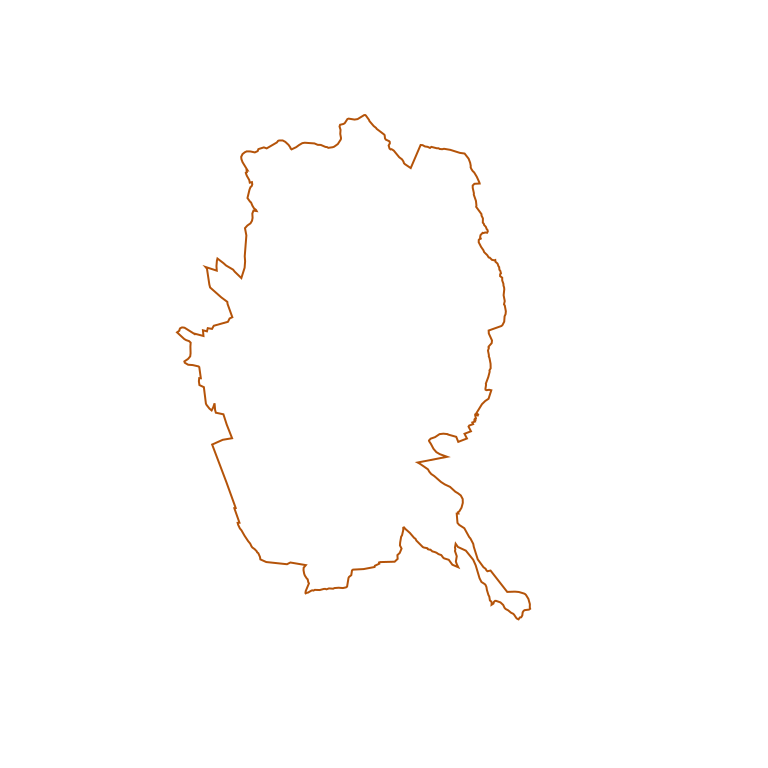 Tlacotepec de Benito Juárez, Puebla, Mexico, rotated 322°
{"feature_id": "50627088B64000676175111", "entity_name": "Tlacotepec de Benito Juárez", "entity_type": "district", "adm_level": 2, "iso_a3": "MEX", "parent_name": "Mexico", "parent_adm1": "Puebla", "projection": "equal_earth", "projection_center": [-97.63, 18.634], "detail": "fine", "context": "isolated", "style": "outline", "palette": "amber", "viewbox_px": 768, "rotation_deg": 322, "n_neighbors": 0, "source": "geoboundaries", "source_scale": "gbopen_adm2", "svg_char_len": 6166}
<svg xmlns="http://www.w3.org/2000/svg" viewBox="0 0 768 768"><g transform="rotate(322 384 384)"><path d="M360.8,651.1L361.4,649.7L363.4,647.3L365.5,642.2L366.0,637.8L365.9,636.6L365.4,635.4L362.2,630.9L359.3,628.2L353.1,623.7L353.1,596.6L350.2,595.2L350.0,593.8L350.3,592.2L349.6,589.6L349.9,579.9L354.5,567.6L355.9,564.9L357.0,558.9L356.9,557.1L358.5,547.1L356.5,541.3L356.4,538.7L361.5,530.9L362.9,531.9L363.3,530.6L365.0,530.7L368.9,529.2L372.9,526.2L375.2,523.1L375.9,519.1L375.0,515.6L373.9,512.8L372.7,505.7L370.1,500.6L368.6,496.3L366.9,487.4L365.8,484.0L365.7,480.9L366.1,478.3L363.1,468.7L362.2,466.6L388.9,480.2L384.8,473.7L383.3,469.9L383.1,465.5L384.1,460.0L384.3,457.0L384.7,456.2L387.1,455.8L391.5,457.3L396.9,457.7L400.2,459.7L403.3,462.7L403.3,463.2L408.4,470.1L406.9,475.3L415.8,478.0L416.8,472.8L423.4,474.8L424.4,469.6L425.6,469.2L429.5,470.5L429.9,468.7L432.6,469.6L432.9,468.2L433.9,468.6L434.2,467.5L435.2,467.8L436.8,464.4L437.2,464.2L438.5,466.5L439.4,466.0L438.8,463.9L448.8,460.2L453.3,459.7L457.3,460.0L464.7,455.0L463.3,453.3L461.0,452.0L460.5,451.1L460.9,450.3L463.9,447.5L464.5,446.4L470.5,442.7L474.8,439.4L475.5,438.2L477.7,437.3L480.4,433.7L483.1,428.5L483.6,426.7L484.4,425.9L486.5,421.7L488.9,420.1L489.0,419.3L489.5,418.9L494.0,418.1L495.9,416.2L497.7,408.7L499.4,406.3L512.3,410.6L513.6,410.5L517.1,408.9L520.7,404.9L522.8,403.8L524.8,401.7L527.5,396.5L527.6,395.1L530.2,393.0L532.9,387.7L537.1,383.4L538.1,381.8L538.7,380.1L539.8,378.5L540.9,375.2L542.6,373.0L541.9,370.5L543.1,369.0L544.3,368.8L545.3,366.4L545.3,365.0L546.7,362.8L546.7,361.7L547.6,359.0L547.1,356.3L548.0,354.8L547.1,354.5L545.5,352.6L545.1,349.5L544.4,348.7L544.7,346.1L544.1,341.8L544.7,339.7L544.9,335.8L545.9,330.6L547.4,328.8L548.7,328.6L549.6,329.1L549.9,328.9L550.0,327.6L551.7,326.1L554.8,325.6L555.3,326.3L557.0,326.9L558.4,328.3L559.8,327.6L560.4,326.2L560.3,325.1L561.0,322.8L560.8,320.4L561.3,319.2L561.2,317.7L563.9,314.4L564.5,311.4L565.4,310.1L565.7,301.1L566.7,300.3L569.2,296.3L571.3,290.1L572.3,289.0L574.7,284.0L576.1,282.2L578.5,281.9L582.8,284.9L583.2,284.0L584.7,277.8L585.3,272.8L585.0,270.8L585.2,268.4L585.7,266.5L586.6,265.6L588.1,262.7L589.4,258.5L589.4,252.0L586.1,248.6L580.4,240.3L576.1,235.6L574.4,234.8L572.6,233.1L572.1,231.8L570.7,230.7L567.3,226.3L565.6,226.3L564.4,224.0L562.5,222.0L561.5,219.6L560.0,218.2L538.0,230.3L535.8,223.5L535.7,222.2L536.3,220.6L536.5,218.1L535.6,214.7L535.4,206.1L534.8,204.3L534.4,203.5L533.6,203.2L533.3,201.9L534.5,198.9L536.7,198.0L537.6,196.7L537.6,195.9L535.9,192.6L536.0,191.1L537.7,188.3L537.7,187.5L535.3,178.4L535.4,177.3L534.7,174.4L534.4,167.9L534.8,166.6L535.0,161.2L534.8,160.5L534.0,159.9L526.3,159.0L523.6,157.5L519.5,153.1L518.3,152.7L513.6,154.3L512.1,154.1L509.0,152.7L507.5,153.7L506.2,157.0L503.5,160.0L501.5,163.8L500.5,164.7L495.3,166.5L490.8,166.3L489.3,165.8L485.5,163.6L485.0,162.3L483.8,161.1L481.4,156.7L479.0,154.7L477.3,151.6L470.1,145.1L467.9,143.9L464.1,143.4L460.6,143.3L455.6,142.2L455.4,140.9L455.8,140.1L456.0,136.8L455.3,132.4L454.1,129.7L451.2,127.5L450.2,127.2L448.3,127.7L436.6,126.1L435.0,123.6L430.8,122.0L429.6,121.6L427.8,122.7L424.8,122.0L421.9,118.5L419.1,116.2L417.1,115.7L414.1,115.7L411.3,117.1L410.1,119.0L409.1,122.1L408.0,131.7L407.3,131.0L406.3,132.7L405.2,132.4L404.9,132.9L404.1,135.5L403.4,140.3L402.2,142.7L404.2,143.6L403.1,145.6L401.5,146.6L399.9,146.7L397.6,148.1L390.9,153.4L390.7,158.0L391.0,159.1L390.1,162.4L389.7,165.5L390.3,168.0L390.1,169.3L387.9,167.0L385.2,168.6L382.7,172.2L380.5,174.1L377.7,175.2L373.9,175.0L370.4,175.6L367.0,182.2L352.9,197.6L350.1,201.8L345.7,206.6L336.8,212.7L335.5,203.5L335.5,201.0L332.5,193.4L331.9,189.9L330.0,182.6L328.2,184.0L324.6,187.9L322.0,191.7L315.4,181.9L315.5,184.1L307.6,198.1L306.4,200.9L309.1,215.5L311.1,222.8L310.0,224.6L305.6,238.0L302.7,237.3L299.3,238.9L285.7,233.3L282.4,234.7L279.5,231.5L276.9,233.5L274.4,230.2L271.3,235.0L265.8,227.8L265.5,228.0L261.5,216.9L260.6,215.9L259.5,215.0L257.7,214.6L256.7,215.0L255.5,216.0L252.7,215.9L254.3,225.6L255.1,227.6L256.8,230.2L257.1,232.4L254.5,235.3L250.5,240.7L248.3,242.9L245.1,243.6L240.6,243.3L240.1,244.6L241.5,248.2L245.0,251.4L248.7,256.0L248.8,257.0L243.2,266.7L242.0,265.6L239.8,267.9L237.9,271.2L240.1,275.6L231.6,289.8L231.3,291.1L231.3,295.9L231.9,298.7L235.0,297.3L238.6,294.9L234.9,300.5L233.8,303.1L238.8,309.0L235.1,319.1L230.9,333.2L222.6,328.7L211.3,325.9L199.3,364.5L190.8,390.4L189.6,389.7L184.7,404.3L183.2,403.3L182.4,405.1L181.5,409.1L181.6,411.5L180.7,417.7L180.2,424.3L180.3,427.3L179.6,430.6L179.6,431.8L180.4,434.5L180.7,437.5L180.4,438.6L180.8,439.9L179.8,443.9L178.6,446.1L181.6,451.8L196.6,466.3L200.3,467.0L210.9,478.6L207.6,479.3L206.0,481.1L204.3,484.3L203.7,486.2L203.4,489.7L203.6,490.9L202.3,493.6L202.1,494.9L194.8,499.0L193.2,500.6L192.5,500.6L194.6,501.0L195.7,501.6L199.6,502.1L200.4,502.4L201.3,503.4L202.7,503.6L206.5,506.8L210.3,508.4L211.5,509.2L212.3,510.4L214.8,511.2L217.9,514.0L219.3,514.3L222.8,516.6L226.0,519.5L228.9,520.9L230.2,520.9L236.6,515.0L237.7,514.5L240.5,514.5L244.0,511.2L245.3,511.2L254.0,517.3L263.9,522.4L264.9,521.6L269.7,522.7L270.2,521.6L271.5,522.1L283.0,530.6L287.1,530.2L289.2,527.1L292.4,526.8L296.5,524.5L297.2,521.0L299.2,518.8L303.5,514.9L305.1,514.3L309.3,510.9L310.7,509.1L311.5,509.3L311.6,511.4L312.7,517.2L313.0,523.8L313.5,525.4L313.1,527.3L314.2,536.4L314.8,537.5L317.0,540.0L317.1,540.6L316.8,541.1L317.7,542.4L318.6,543.1L319.0,545.6L320.5,547.6L321.5,549.3L322.2,551.6L323.8,554.1L323.7,557.2L324.0,558.4L326.8,562.4L326.6,568.5L329.7,574.1L330.4,570.8L331.3,568.2L335.3,564.5L337.1,559.3L338.5,558.1L339.2,556.6L342.1,554.0L341.9,557.9L345.9,565.7L346.1,577.4L344.6,583.4L339.7,595.9L338.9,600.0L340.2,603.7L340.3,604.9L339.7,607.1L338.3,609.6L336.4,614.5L336.1,616.3L334.2,619.8L334.6,621.5L334.1,622.8L332.8,624.2L335.0,624.4L336.4,623.4L338.1,623.3L338.8,623.9L341.3,627.8L341.9,631.5L341.2,634.5L341.3,636.1L342.5,638.8L343.3,642.5L344.3,644.5L344.5,645.7L344.2,649.8L344.4,651.0L345.1,652.3L347.3,651.6L348.5,652.3L350.5,651.5L352.7,649.3L354.5,648.7L355.6,648.8L359.3,651.0L360.8,651.1Z" fill="none" stroke="#b45309" stroke-width="2"/></g></svg>